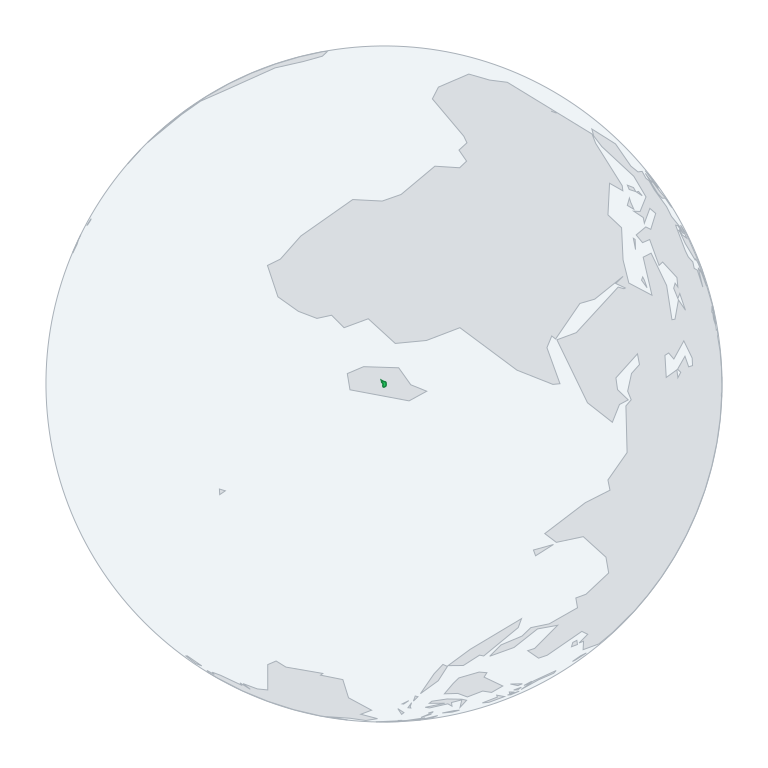 the Earth from above Itasy, rotated 82°
{"feature_id": "MDG-5875", "entity_name": "Itasy", "entity_type": "Autonomous Province", "adm_level": 1, "iso_a3": "MDG", "parent_name": "Madagascar", "parent_adm1": "", "projection": "orthographic", "projection_center": [46.916, -19.074], "detail": "fine", "context": "on_globe", "style": "filled", "palette": "green", "viewbox_px": 768, "rotation_deg": 82, "n_neighbors": 0, "source": "natural_earth", "source_scale": "10m", "svg_char_len": 6355}
<svg xmlns="http://www.w3.org/2000/svg" viewBox="0 0 768 768"><g transform="rotate(82 384 384)"><circle cx="384" cy="384" r="338" fill="#eef3f6" stroke="#a8b0b8"/><path d="M46.3,397.4L47.0,394.0L50.8,399.4L53.4,418.8L55.8,447.9L70.8,499.5L78.4,526.4L89.0,547.0L110.0,581.4L112.0,584.6L97.9,563.8L85.3,542.0L74.4,519.3L65.1,495.9L57.7,471.9L52.1,447.4L48.3,422.5L46.3,397.4ZM118.2,592.6L121.5,596.7L130.4,607.3L118.2,592.6ZM193.9,663.4L197.0,665.4L198.8,666.7L200.1,667.5L193.9,663.4ZM206.3,671.4L207.8,672.3L206.3,671.4ZM209.1,673.1L199.0,666.7L202.9,668.5L211.1,674.0L210.4,673.9L209.1,673.1ZM185.6,656.4L179.5,651.0L180.7,651.5L185.2,655.4L185.6,656.4ZM354.6,47.4L370.8,46.9L363.6,47.8L352.2,48.3L358.4,49.4L360.0,48.5L365.5,48.6L372.7,47.3L376.9,47.4L376.5,46.4L382.5,46.5L382.7,47.0L398.4,46.6L412.2,47.5L413.7,47.5L411.4,47.2L430.4,49.4L430.7,49.4L424.6,48.5L423.8,48.4L438.3,50.5L440.0,50.8L440.0,51.1L442.8,51.6L444.3,51.5L441.2,51.0L465.1,55.9L488.5,62.6L511.4,71.0L533.7,81.0L555.1,92.6L575.7,105.7L595.3,120.3L613.8,136.2L631.0,153.4L631.8,154.5L639.1,162.7L642.6,166.5L644.4,168.7L647.9,173.6L661.7,191.9L671.3,207.4L674.8,223.8L666.5,222.2L667.6,226.8L660.2,217.1L656.5,222.5L675.3,260.1L677.0,269.1L668.1,278.8L666.8,271.6L647.1,245.6L647.9,266.1L663.0,291.9L668.3,317.2L658.7,304.5L652.8,282.3L645.7,272.5L644.5,253.8L632.5,223.5L622.6,223.8L620.3,213.2L602.4,187.8L586.4,188.3L562.9,207.9L564.8,235.4L554.5,245.6L529.5,201.1L520.6,175.0L510.2,175.6L485.7,152.8L439.4,147.5L434.0,141.4L425.0,143.7L408.0,137.4L400.3,128.3L389.4,128.8L410.2,153.5L422.1,153.5L433.7,144.4L437.1,153.7L453.7,163.2L430.9,185.1L364.3,206.6L359.9,186.4L320.6,138.6L323.0,133.3L322.9,132.7L322.5,131.7L316.7,140.5L310.7,132.3L329.3,163.5L331.5,178.8L363.3,207.8L359.8,211.2L370.7,217.6L408.2,209.7L407.9,216.8L388.8,250.4L338.8,301.0L346.8,335.9L345.4,367.2L317.2,390.5L322.7,415.7L308.6,426.3L309.7,441.3L300.1,458.7L282.9,476.9L250.4,482.9L245.9,469.2L225.9,445.8L197.0,389.3L202.6,360.3L198.7,340.7L175.4,303.3L180.4,279.0L174.8,271.2L162.8,277.2L156.7,268.3L149.7,270.5L108.4,296.4L97.6,288.8L88.9,256.9L97.7,237.2L102.4,219.9L165.4,143.2L175.2,140.9L220.8,120.5L225.9,120.6L216.6,132.7L247.7,138.7L262.3,127.0L294.4,130.0L318.1,127.5L333.4,106.3L294.5,109.7L291.6,101.3L325.8,90.4L360.4,89.9L360.3,86.8L341.7,80.7L352.9,75.2L335.6,78.5L340.2,81.1L329.5,83.8L324.7,81.7L328.8,79.5L319.3,79.1L302.0,91.1L304.8,95.1L277.9,100.8L280.0,108.3L271.5,113.5L264.9,102.9L268.0,98.3L252.9,91.2L247.1,96.3L261.0,103.8L255.2,104.1L247.6,112.7L248.8,106.4L235.2,98.5L213.1,107.7L179.3,135.2L167.6,141.8L160.4,142.7L178.5,121.3L202.6,109.2L209.3,103.0L209.4,98.8L216.7,96.0L219.7,93.2L229.3,89.3L247.7,79.5L258.1,76.0L270.1,68.8L277.1,66.5L268.0,71.1L267.3,73.1L294.0,67.1L300.5,65.0L306.1,61.2L312.7,60.7L314.8,57.9L332.4,54.8L312.6,56.7L318.7,54.0L331.8,51.1L330.3,50.9L308.8,55.9L303.5,57.8L304.5,58.6L286.8,66.1L276.7,69.2L281.7,63.9L267.9,68.2L277.9,63.5L313.9,53.4L354.6,47.4ZM139.8,175.3L137.1,180.4L137.1,180.5L139.8,175.3ZM394.7,101.8L416.8,103.6L410.7,92.0L418.7,92.1L413.7,88.5L410.2,91.2L398.4,82.1L409.4,79.9L408.7,75.9L401.2,75.2L383.0,81.1L399.6,93.5L392.9,97.8L394.7,101.8ZM226.7,85.3L228.4,84.9L222.3,88.5L209.0,95.7L217.7,90.2L226.7,85.3ZM232.1,83.8L240.8,78.1L249.4,74.3L243.1,77.2L247.9,75.3L239.1,79.6L238.7,82.7L233.4,86.4L211.8,95.9L221.8,90.4L219.6,90.7L232.1,83.8ZM234.0,115.1L238.4,114.4L245.7,112.3L241.0,118.2L234.0,115.1ZM224.2,109.6L228.5,107.9L225.5,114.1L221.0,115.3L224.2,109.6ZM233.5,102.1L229.0,107.3L228.7,105.2L233.5,102.1ZM272.3,69.7L277.2,68.2L276.6,68.9L272.8,70.8L272.3,69.7ZM325.3,110.1L317.0,114.5L314.0,112.9L317.5,111.7L325.3,110.1ZM275.8,115.2L285.9,116.2L274.4,116.8L275.8,115.2ZM467.7,556.0L470.7,562.1L465.1,561.6L467.7,556.0ZM404.2,361.5L385.0,418.5L368.6,418.9L364.0,401.8L370.0,367.2L388.5,357.6L397.1,342.7L404.2,361.5ZM701.0,403.5L703.7,409.1L703.3,410.5L701.0,403.5ZM698.4,393.9L702.1,399.0L697.3,396.5L698.4,393.9ZM703.4,401.0L707.0,402.9L708.6,402.5L707.9,405.3L703.4,401.0ZM695.7,391.0L677.9,374.7L669.9,364.7L672.5,360.5L685.4,371.6L695.7,391.0ZM671.8,359.8L658.7,335.5L635.5,280.5L643.9,285.0L667.2,323.1L665.8,327.1L673.8,344.6L671.8,359.8ZM700.7,353.9L699.2,367.3L690.1,357.1L685.5,350.8L682.5,329.9L684.2,322.3L688.2,325.7L699.6,308.4L704.4,320.4L701.8,329.0L705.5,345.0L700.7,353.9ZM566.5,238.5L575.2,257.8L569.2,259.1L566.5,238.5ZM701.3,293.4L698.7,300.6L700.1,288.7L701.3,293.4ZM700.4,280.7L702.0,287.4L698.9,279.0L700.4,280.7ZM670.3,234.9L666.2,233.0L664.7,228.7L668.9,228.7L670.3,234.9ZM678.5,221.0L683.9,232.7L685.0,236.0L680.5,227.1L678.5,221.0ZM625.8,616.7L637.8,603.7L634.5,609.5L625.8,618.0L625.8,616.7ZM652.2,589.5L645.4,597.9L643.0,599.2L648.0,592.5L645.5,594.2L649.7,586.4L662.8,566.4L659.9,568.2L667.7,558.9L661.1,565.2L668.3,551.9L670.8,541.7L645.7,538.2L643.3,529.4L650.7,520.5L662.1,484.9L663.5,487.3L671.0,465.9L689.8,462.8L705.3,441.7L707.8,452.9L714.5,437.0L714.7,448.8L710.3,464.0L705.4,487.2L711.6,466.9L703.8,493.2L693.9,518.7L681.9,543.4L668.0,567.1L652.2,589.5ZM707.4,415.5L712.2,410.0L713.6,412.5L707.4,415.5ZM717.4,439.1L718.3,432.0L719.0,428.0L720.4,416.0L720.3,399.4L720.3,390.2L721.1,390.1L719.8,376.9L721.4,382.7L721.2,400.0L721.8,394.5L721.7,394.7L717.4,439.1ZM719.6,412.8L719.7,414.4L719.1,417.2L719.6,412.8ZM716.4,382.4L716.0,385.9L715.3,380.8L716.4,382.4ZM717.5,383.0L719.3,393.8L717.2,385.6L717.5,383.0ZM707.6,350.9L708.8,361.5L712.5,361.5L709.6,365.3L711.1,383.9L709.9,388.2L708.6,368.3L706.5,383.6L704.8,380.8L704.7,365.3L707.0,350.7L708.7,346.2L714.8,353.7L707.6,350.9ZM717.9,372.1L717.2,360.1L717.5,354.6L718.4,361.9L717.9,372.1ZM713.5,331.0L709.8,315.3L707.8,315.7L710.3,308.2L713.8,324.3L713.5,331.0ZM708.1,302.7L706.4,302.8L707.2,297.7L708.1,302.7ZM705.1,298.2L703.4,290.2L705.5,294.1L705.1,298.2ZM709.2,305.0L707.0,292.8L709.4,301.9L709.2,305.0ZM698.5,272.3L705.6,290.7L698.9,277.4L691.7,253.4L694.0,256.2L698.5,272.3Z" fill="#d9dde1" stroke="#a8b0b8" stroke-width="1"/><path d="M385.2,382.0L385.5,382.1L385.8,382.2L386.0,382.3L386.3,382.5L386.8,383.5L387.1,384.5L386.9,385.1L386.4,385.4L385.6,385.4L384.8,385.3L384.6,385.0L384.0,384.9L383.3,385.1L382.6,385.5L382.1,386.0L381.7,386.1L381.1,386.0L379.8,386.2L380.4,385.4L381.2,384.3L381.7,383.4L382.0,382.4L382.6,381.9L383.1,381.8L384.1,381.9L385.2,382.0Z" fill="#22c55e" stroke="#15803d" stroke-width="1.5"/></g></svg>